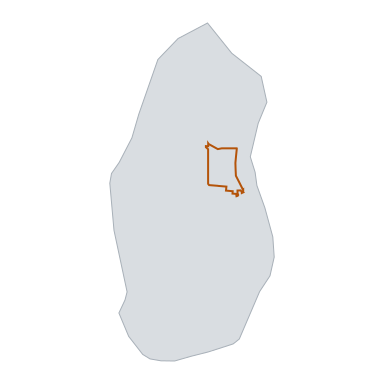 71, Umm Salal, Qatar shown in context
{"feature_id": "91078587B67880775667160", "entity_name": "71", "entity_type": "district", "adm_level": 2, "iso_a3": "QAT", "parent_name": "Qatar", "parent_adm1": "Umm Salal", "projection": "orthographic", "projection_center": [51.367, 25.463], "detail": "fine", "context": "in_parent", "style": "outline", "palette": "amber", "viewbox_px": 384, "rotation_deg": 0, "n_neighbors": 0, "source": "geoboundaries", "source_scale": "gbopen_adm2", "svg_char_len": 1084}
<svg xmlns="http://www.w3.org/2000/svg" viewBox="0 0 384 384"><path d="M208.4,351.9L191.0,356.3L174.6,361.0L160.9,360.8L150.0,358.9L142.7,354.4L128.7,336.4L118.9,313.0L125.0,300.0L127.1,291.9L114.0,230.4L109.8,183.2L111.5,173.5L119.2,162.4L131.9,137.9L138.8,114.2L157.9,59.5L178.1,38.5L207.5,23.0L231.8,53.3L261.2,76.4L266.9,102.2L258.2,123.3L250.3,156.8L255.1,172.2L256.9,185.5L264.9,207.9L272.8,236.9L274.2,257.1L270.0,275.8L259.6,291.6L239.3,339.0L233.2,343.9L208.4,351.9Z" fill="#d9dde1" stroke="#a8b0b8" stroke-width="1"/><path d="M243.3,192.3L243.2,192.2L243.2,189.9L243.1,190.0L239.4,182.6L235.9,175.8L235.6,169.4L235.4,163.0L235.9,157.6L236.8,148.6L236.7,148.3L232.8,148.3L221.9,148.3L217.8,149.1L208.6,144.0L208.2,143.4L208.2,144.3L208.2,146.2L205.9,146.1L205.9,147.2L208.1,149.2L208.1,166.7L208.1,170.3L208.1,183.8L209.1,185.1L217.7,185.8L218.1,185.9L226.4,186.6L226.0,190.6L232.7,191.2L232.5,193.6L236.2,193.9L236.5,196.2L237.7,195.8L238.2,195.0L237.5,192.9L237.5,190.5L240.6,190.4L241.7,191.7L241.8,193.0L243.3,192.3Z" fill="none" stroke="#b45309" stroke-width="2"/></svg>